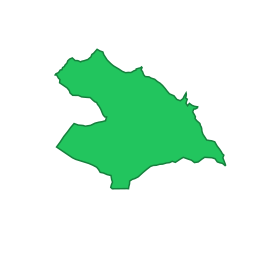 Pelendri, Limassol, Cyprus (orthographic projection), rotated 321°
{"feature_id": "46923920B35219833977838", "entity_name": "Pelendri", "entity_type": "district", "adm_level": 2, "iso_a3": "CYP", "parent_name": "Cyprus", "parent_adm1": "Limassol", "projection": "orthographic", "projection_center": [32.957, 34.891], "detail": "fine", "context": "isolated", "style": "filled", "palette": "green", "viewbox_px": 256, "rotation_deg": 321, "n_neighbors": 0, "source": "geoboundaries", "source_scale": "gbopen_adm2", "svg_char_len": 2435}
<svg xmlns="http://www.w3.org/2000/svg" viewBox="0 0 256 256"><g transform="rotate(321 128 128)"><path d="M88.9,90.6L84.0,91.5L78.7,92.9L72.8,94.2L66.3,96.3L60.5,97.8L64.0,109.4L66.1,116.2L67.6,119.4L75.2,130.8L77.3,134.8L79.0,138.8L79.0,141.9L78.5,145.0L80.6,147.5L82.4,151.0L84.9,154.2L82.9,157.7L81.9,160.3L79.4,161.7L77.2,163.3L77.4,164.5L77.5,165.3L89.0,174.4L90.1,175.4L90.2,175.5L91.8,174.0L94.0,172.4L95.9,170.3L99.0,170.6L101.5,171.6L105.3,172.4L108.1,172.2L111.5,172.0L116.4,171.9L121.3,172.0L124.1,173.0L126.6,174.8L129.7,176.1L132.3,177.9L135.9,179.4L138.6,181.1L141.4,181.7L143.2,184.5L149.4,185.1L152.5,185.6L155.1,189.9L157.1,193.0L157.9,196.7L161.2,198.6L165.8,198.7L169.1,199.0L171.4,201.1L174.5,203.9L176.3,206.7L176.1,210.6L177.6,213.0L179.1,214.8L179.7,217.7L179.8,218.3L180.4,218.3L180.8,217.4L181.7,214.7L182.4,212.5L182.9,210.9L185.4,209.4L185.1,207.3L185.5,205.5L185.8,202.3L185.9,198.1L186.4,195.1L186.7,193.3L184.9,190.5L183.7,189.3L181.6,186.9L181.9,184.0L182.3,180.0L183.4,177.1L184.9,174.8L185.5,173.5L185.8,171.8L186.7,169.7L186.0,165.4L186.1,162.7L187.4,161.8L187.9,159.7L188.4,156.2L191.0,154.7L192.5,155.7L194.8,156.0L195.5,155.3L195.2,155.1L193.4,153.1L192.0,150.6L191.2,147.5L188.3,148.2L188.6,145.3L190.1,144.2L192.2,142.9L191.7,140.8L193.1,139.9L194.7,138.3L195.2,137.3L191.5,138.7L189.2,139.8L185.8,139.7L183.9,136.5L184.0,131.9L181.7,127.5L181.6,123.8L181.7,120.7L181.6,116.8L181.1,113.4L180.1,110.5L179.4,106.9L177.4,103.8L176.5,101.5L173.7,98.8L173.7,96.4L174.8,93.2L174.8,91.2L177.0,89.8L176.9,89.0L175.8,89.2L173.5,88.1L171.5,87.3L170.6,88.0L168.6,87.3L165.3,86.8L163.1,84.9L160.9,83.5L159.2,80.4L158.0,76.5L156.1,71.4L155.6,69.6L155.1,66.9L154.6,62.0L155.3,55.8L156.3,53.1L154.6,50.3L153.5,47.4L148.2,48.3L146.2,48.1L144.0,49.4L139.9,49.5L136.0,48.0L134.3,47.1L132.8,46.8L131.4,44.1L129.3,42.2L128.8,38.5L126.0,37.7L123.5,37.9L122.3,38.6L121.2,39.2L118.9,39.4L117.2,40.2L115.2,39.9L113.2,41.1L111.9,40.3L110.6,40.7L108.8,41.2L106.1,40.5L104.8,40.9L105.1,41.3L106.0,41.3L105.7,43.2L105.3,45.6L105.6,47.5L103.3,49.8L105.9,58.5L105.9,62.0L105.0,64.4L105.6,67.8L110.0,71.5L111.6,74.7L115.2,78.2L117.8,80.6L118.3,84.7L118.8,86.9L119.7,88.4L119.2,90.5L119.2,93.0L118.6,96.6L117.8,99.1L117.1,101.5L116.9,102.9L117.0,104.9L118.3,106.0L115.1,108.2L111.9,106.8L108.9,105.1L105.4,103.5L100.6,102.4L95.9,99.7L94.7,97.8L91.2,94.4L88.9,90.6Z" fill="#22c55e" stroke="#15803d" stroke-width="1.5"/></g></svg>